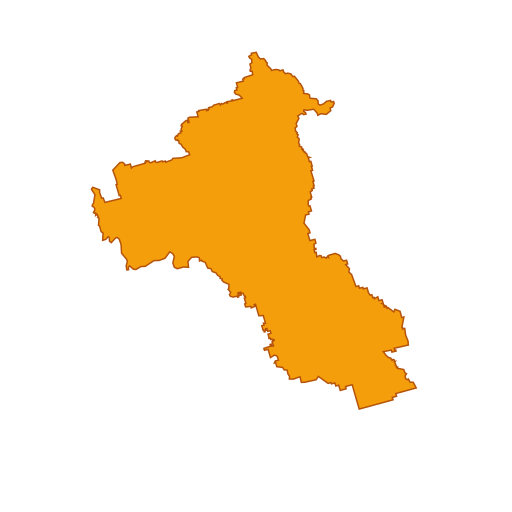 outline of Cootamundra-Gundagai, New South Wales, Australia, rotated 156°
{"feature_id": "25037944B16131127641558", "entity_name": "Cootamundra-Gundagai", "entity_type": "district", "adm_level": 2, "iso_a3": "AUS", "parent_name": "Australia", "parent_adm1": "New South Wales", "projection": "equal_earth", "projection_center": [148.025, -34.809], "detail": "fine", "context": "isolated", "style": "filled", "palette": "amber", "viewbox_px": 512, "rotation_deg": 156, "n_neighbors": 0, "source": "geoboundaries", "source_scale": "gbopen_adm2", "svg_char_len": 6148}
<svg xmlns="http://www.w3.org/2000/svg" viewBox="0 0 512 512"><g transform="rotate(156 256 256)"><path d="M173.0,442.0L177.8,443.1L178.2,441.6L181.4,441.3L181.3,439.5L180.0,437.6L181.2,434.2L183.5,433.8L184.3,429.5L185.8,428.4L186.1,427.1L184.3,426.3L185.3,422.9L194.3,423.8L194.5,422.8L196.2,423.0L196.5,420.9L203.5,422.2L204.2,417.5L205.6,417.7L205.9,415.4L208.1,415.8L209.2,414.2L208.6,412.1L205.8,409.7L204.4,405.7L214.0,407.3L213.8,408.1L214.9,408.3L215.0,407.5L219.9,408.8L220.0,407.4L221.7,408.7L224.5,408.3L225.5,409.4L227.1,408.4L227.4,410.2L233.5,411.0L235.0,410.1L238.9,410.8L239.1,409.5L240.3,409.7L240.4,408.6L242.0,408.9L241.8,410.3L249.2,412.2L249.3,411.3L251.5,411.7L252.2,406.7L260.4,409.8L262.1,409.6L262.8,405.3L263.9,405.5L263.5,407.9L264.8,408.2L270.6,406.5L271.4,405.4L270.5,404.7L272.9,402.3L272.9,400.2L274.4,400.8L274.6,399.1L277.3,399.2L279.0,397.4L279.7,398.3L281.8,397.3L282.4,396.0L282.0,394.2L280.3,394.1L280.6,393.3L279.7,392.8L280.4,390.2L278.9,388.4L278.7,385.5L277.2,382.5L277.3,379.7L275.2,378.6L275.4,375.5L283.7,375.9L292.3,379.0L293.8,378.0L300.4,378.4L300.2,379.6L303.1,380.1L303.2,381.1L308.3,381.7L309.6,382.7L309.4,384.0L314.2,384.0L315.4,384.9L315.2,386.3L317.7,387.7L317.6,386.7L319.2,387.0L319.4,385.8L331.9,387.6L334.0,387.0L333.4,391.1L339.1,392.1L338.5,393.3L339.7,395.8L342.2,396.7L351.9,392.7L352.7,382.4L353.6,377.9L354.8,378.1L356.4,366.8L355.2,366.6L355.7,363.4L372.2,366.4L372.0,371.2L373.5,371.7L373.0,377.8L371.9,380.0L377.2,385.2L379.2,383.9L378.2,377.5L382.9,370.4L384.8,369.2L385.3,367.9L384.2,366.6L384.1,364.7L385.3,362.7L386.7,362.2L386.5,361.0L384.9,360.3L386.0,358.3L384.2,358.7L384.2,356.0L384.9,355.7L384.1,354.3L387.4,348.1L386.7,347.1L387.6,341.3L386.4,339.1L389.7,332.7L386.6,332.3L383.1,333.7L382.5,332.5L383.8,329.3L382.8,327.1L376.9,329.6L375.2,329.3L374.1,327.0L374.6,321.4L377.7,313.2L375.6,305.9L375.7,303.4L378.6,299.8L379.7,295.8L378.0,295.3L377.0,297.9L375.5,298.4L373.4,293.8L371.1,292.5L365.6,293.2L361.3,291.6L351.1,293.3L346.5,291.4L340.2,290.9L333.0,294.9L331.1,292.0L330.8,288.8L334.8,283.4L335.2,279.0L333.1,276.4L326.6,275.4L322.2,273.1L320.4,278.7L315.4,281.0L310.3,279.2L308.5,277.4L309.6,274.4L307.5,274.4L307.4,273.2L305.0,271.0L305.0,264.6L302.3,262.7L302.3,259.6L299.4,256.9L298.9,253.9L297.2,251.8L297.9,250.1L296.2,249.0L297.0,247.7L296.1,245.3L292.2,241.1L294.2,237.2L295.0,237.0L293.9,233.1L296.0,231.3L295.8,229.6L293.6,227.8L289.4,227.0L289.6,225.8L288.4,225.7L288.3,226.9L285.3,226.4L285.1,228.0L287.9,228.5L287.5,229.7L284.6,229.2L284.9,227.6L283.0,227.3L282.9,223.9L282.2,223.7L282.5,222.1L283.8,222.3L284.5,216.7L285.8,216.8L286.2,213.7L281.3,212.1L281.5,210.5L277.6,210.5L277.4,212.3L276.1,212.1L277.7,200.2L273.6,198.7L274.7,190.7L276.5,191.6L276.8,189.6L279.1,190.0L279.7,185.4L279.1,185.3L279.4,183.3L278.5,183.1L278.3,184.4L277.0,184.1L276.8,185.6L275.5,185.3L275.9,182.4L273.4,181.9L273.8,179.3L276.8,179.7L277.4,175.7L278.3,175.5L276.4,175.2L276.6,173.8L275.1,173.5L275.3,171.8L274.0,171.6L273.5,173.0L273.7,171.5L276.3,171.0L276.5,166.7L278.2,167.1L277.9,169.2L279.1,169.5L279.5,167.7L286.4,168.4L286.6,166.4L282.9,165.8L284.1,157.3L279.5,158.0L277.3,155.8L277.9,151.7L281.0,152.3L282.7,150.8L281.4,150.6L282.0,146.4L277.0,143.4L276.6,140.5L274.0,139.1L274.8,135.2L274.3,132.5L275.6,130.0L271.8,128.3L264.9,127.8L266.0,122.1L262.7,120.8L251.4,118.5L248.0,120.6L241.9,110.3L239.0,109.9L239.1,108.5L235.6,107.9L236.0,104.8L233.0,104.3L233.7,98.9L227.7,98.0L227.3,100.3L220.5,99.3L224.0,74.2L189.3,68.9L189.0,71.4L184.6,70.7L184.2,73.5L163.3,70.3L163.7,76.7L166.5,78.0L166.9,81.7L167.8,81.4L169.2,83.0L168.6,85.8L166.4,87.2L167.4,88.6L167.2,92.2L172.5,95.9L171.8,96.9L172.9,97.4L172.4,98.2L173.1,99.6L172.4,100.2L172.6,102.5L171.6,103.1L172.6,103.3L172.0,104.8L172.9,105.8L174.1,105.3L174.4,107.9L176.1,109.2L177.5,112.0L178.6,116.8L170.6,115.0L170.9,112.9L166.7,112.2L166.6,113.4L167.6,113.6L167.3,115.5L153.1,112.7L151.7,116.4L151.5,122.8L149.6,129.3L151.6,129.7L151.0,130.3L151.8,131.4L145.7,140.1L147.9,140.4L146.9,146.9L150.7,150.8L152.8,148.8L156.2,154.9L157.5,154.8L157.2,157.0L158.7,158.7L158.9,157.0L159.6,157.1L159.2,160.1L160.1,161.2L159.1,161.0L158.6,164.7L161.9,165.3L161.3,169.2L165.1,168.8L164.9,170.1L166.3,170.3L165.9,173.5L167.6,173.8L168.2,176.6L167.5,181.7L171.3,182.3L171.1,183.9L174.6,184.5L174.3,187.0L177.1,187.4L176.2,200.2L177.7,203.6L175.8,206.4L177.6,211.6L175.5,211.5L175.0,215.3L178.1,215.9L179.5,218.9L179.0,221.5L179.7,223.1L182.5,226.1L188.6,227.0L190.2,226.9L190.4,225.5L190.9,226.5L192.8,225.5L194.2,227.4L196.6,227.8L196.4,229.7L197.7,230.6L200.8,230.4L199.5,234.9L200.9,235.2L200.4,238.0L198.5,237.7L198.3,238.6L199.7,238.9L199.1,240.8L198.3,243.1L196.0,243.4L195.4,247.3L200.5,248.2L199.5,255.5L197.2,255.2L196.8,258.4L198.8,266.5L194.0,273.3L190.5,272.7L190.1,275.1L187.0,274.6L186.3,279.9L187.4,280.1L187.4,281.8L185.6,285.4L182.3,285.6L182.1,287.2L181.2,287.0L180.4,292.6L178.0,292.9L177.7,294.7L175.5,294.3L175.2,296.6L174.3,296.5L173.7,301.1L172.5,300.9L171.2,311.5L169.5,311.2L168.9,315.4L168.1,315.2L167.4,320.2L168.8,320.5L168.2,324.5L166.9,324.3L168.4,325.6L168.1,329.2L169.2,330.2L169.0,331.4L169.7,331.4L170.4,334.2L169.5,333.9L169.6,334.7L170.7,335.2L169.9,337.0L171.8,338.8L170.9,339.8L171.0,342.1L168.9,345.2L169.9,347.9L168.2,349.6L169.1,351.1L168.1,352.0L169.0,353.9L168.1,357.1L165.8,357.7L165.5,360.6L160.8,364.3L161.0,366.9L156.7,367.6L155.5,367.1L155.1,365.8L152.6,365.3L152.4,366.9L153.6,368.7L152.7,370.1L150.1,368.3L143.5,366.6L142.0,361.5L142.3,359.4L138.9,359.6L134.2,356.8L128.6,358.4L128.1,361.1L125.4,361.0L122.4,363.8L122.3,365.6L123.9,365.7L124.9,366.8L124.6,367.8L128.8,368.6L132.3,367.5L136.2,367.8L137.3,369.5L136.2,372.6L137.1,375.2L142.1,377.9L142.5,378.8L141.6,381.2L142.5,382.8L146.4,385.2L145.1,387.5L145.8,388.5L144.9,390.0L145.4,395.4L146.3,396.2L146.2,398.6L147.8,404.6L149.4,404.9L150.1,408.3L152.8,410.2L154.8,410.4L155.9,412.9L155.6,415.0L159.0,415.6L159.5,416.8L162.4,418.5L166.4,419.2L166.3,421.0L168.3,425.7L167.2,428.0L168.1,429.5L167.7,430.4L168.6,433.2L171.8,434.2L172.9,436.8L173.0,442.0Z" fill="#f59e0b" stroke="#b45309" stroke-width="1.5"/></g></svg>